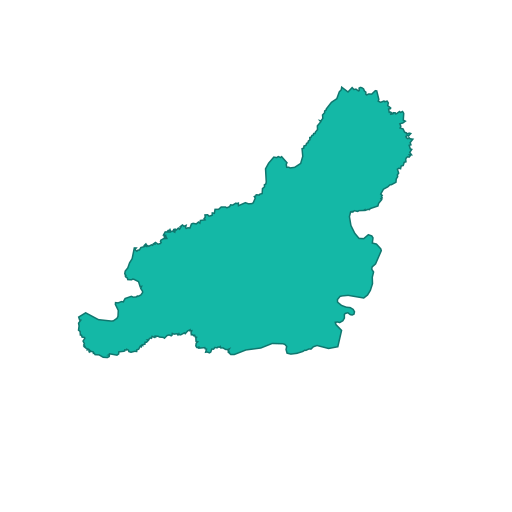 Kham Muang, Kalasin, Thailand, rotated 65°
{"feature_id": "78962969B13207688711695", "entity_name": "Kham Muang", "entity_type": "district", "adm_level": 2, "iso_a3": "THA", "parent_name": "Thailand", "parent_adm1": "Kalasin", "projection": "robinson", "projection_center": [103.634, 16.933], "detail": "fine", "context": "isolated", "style": "filled", "palette": "teal", "viewbox_px": 512, "rotation_deg": 65, "n_neighbors": 0, "source": "geoboundaries", "source_scale": "gbopen_adm2", "svg_char_len": 6082}
<svg xmlns="http://www.w3.org/2000/svg" viewBox="0 0 512 512"><g transform="rotate(65 256 256)"><path d="M277.1,156.9L268.5,157.1L259.8,154.7L256.0,151.6L256.5,151.0L256.2,150.1L257.1,149.7L256.5,147.7L258.6,145.0L258.4,143.5L260.2,139.3L260.0,137.7L260.8,137.9L261.1,134.7L261.9,133.6L261.3,132.5L262.2,124.4L260.1,122.6L258.0,118.2L256.7,118.5L256.7,117.1L254.9,117.1L254.4,116.0L252.6,116.8L249.3,112.2L249.0,107.2L248.1,104.6L248.6,103.1L248.3,98.0L245.4,96.3L244.0,94.1L242.2,93.6L241.2,91.7L237.1,91.2L236.8,89.4L238.0,88.1L235.8,86.4L236.2,84.3L233.7,82.1L234.0,80.3L231.5,79.4L230.6,78.3L230.1,76.6L231.1,75.5L230.3,73.8L229.2,74.2L230.0,72.3L227.1,72.9L225.2,69.8L224.1,70.9L220.4,70.4L220.7,68.6L218.4,68.4L216.4,64.5L214.8,66.9L213.5,67.3L214.0,69.4L213.5,68.8L212.5,69.7L210.9,69.5L210.9,67.5L211.7,67.1L210.4,64.0L209.5,65.0L208.9,67.9L207.9,67.7L206.6,69.0L203.0,69.0L200.9,71.3L199.6,69.9L197.0,69.8L197.5,66.7L196.9,63.7L195.1,65.1L189.3,61.9L188.0,61.9L186.9,62.2L187.1,64.2L185.7,64.9L186.4,68.4L186.1,69.5L185.1,69.3L184.2,70.9L185.0,71.5L184.4,74.6L183.8,72.5L182.4,73.2L182.1,74.5L178.8,73.7L179.3,71.9L178.8,71.4L175.4,73.1L173.2,71.4L171.0,71.7L170.6,74.1L169.6,74.5L169.4,78.1L167.3,79.8L166.0,78.5L157.4,76.8L156.6,78.0L158.2,82.8L156.8,85.3L156.8,87.6L155.9,88.1L153.9,87.2L152.3,88.0L150.0,87.9L148.2,89.0L147.3,90.2L147.4,91.6L149.7,92.5L149.7,93.4L147.0,94.9L146.5,96.9L144.0,97.7L146.2,103.3L139.2,107.0L141.4,108.5L142.4,111.1L147.6,116.3L148.6,122.7L152.4,130.1L153.2,130.5L153.6,132.5L155.2,133.3L156.3,136.1L159.5,137.3L161.0,140.0L160.3,140.9L161.7,140.5L164.0,145.4L167.4,146.8L168.8,149.8L169.9,150.7L169.4,152.0L170.6,153.1L170.4,154.3L171.8,156.3L171.4,157.2L173.5,158.0L174.0,160.1L175.3,160.9L175.3,162.6L176.8,163.9L176.6,166.1L178.4,167.1L178.2,168.9L185.4,171.5L191.0,176.4L192.0,183.5L190.6,187.9L189.4,188.8L188.6,190.7L185.6,189.8L184.6,188.5L176.8,190.8L177.1,192.2L175.3,193.8L175.6,195.6L173.9,198.1L177.2,205.3L181.0,210.5L193.2,215.4L194.9,216.7L195.0,218.3L197.0,219.1L197.6,221.6L202.0,224.0L201.6,226.4L202.1,227.3L200.6,229.9L201.4,230.8L201.4,232.4L203.2,232.2L206.6,236.0L206.8,237.5L205.6,240.7L203.2,243.1L203.0,250.6L200.6,249.6L200.4,251.1L199.6,251.9L200.0,255.7L198.9,257.4L200.1,259.1L200.0,262.0L198.6,263.1L196.9,266.9L197.9,270.2L196.4,273.4L199.7,275.7L198.5,277.4L200.6,278.6L200.1,281.7L198.2,282.4L197.2,284.9L199.5,285.7L200.1,287.2L201.7,286.9L200.3,291.4L202.5,293.0L200.9,293.8L201.7,296.6L199.8,299.2L199.7,301.0L202.7,304.0L201.7,305.7L201.5,307.7L200.4,307.8L198.7,306.4L198.6,308.8L196.8,309.5L197.1,311.2L197.9,311.4L197.5,312.5L198.9,313.0L199.4,314.1L197.9,314.6L198.9,317.9L197.5,317.9L197.2,319.4L197.8,320.0L199.1,319.0L200.1,319.6L198.3,320.9L197.9,322.9L195.7,322.8L196.3,323.7L195.7,324.7L196.0,325.4L197.6,324.6L195.8,328.1L197.9,331.0L199.1,329.2L199.8,330.2L199.5,330.9L200.2,331.1L200.7,329.4L202.4,329.4L201.2,332.5L201.5,335.6L202.6,336.5L203.6,336.2L204.3,337.3L203.9,339.8L201.2,341.4L201.5,342.7L202.4,342.7L201.6,343.9L202.6,345.2L201.7,346.0L201.9,349.1L200.9,349.7L201.4,350.9L200.4,351.7L199.9,350.6L198.5,350.7L199.3,353.0L200.3,353.2L199.7,356.8L201.3,359.1L200.8,360.4L201.3,362.0L199.0,363.1L198.1,361.2L197.3,362.9L206.1,369.4L208.8,373.5L212.6,377.2L214.4,380.9L216.7,382.5L218.5,382.1L218.8,382.9L219.9,382.9L221.6,381.9L223.2,382.2L225.0,378.8L224.8,377.6L225.4,376.6L229.6,373.3L235.0,374.0L235.2,372.6L236.7,374.2L239.8,373.7L241.2,374.2L242.7,376.9L242.7,380.2L242.1,380.5L242.5,381.9L241.5,384.6L239.9,386.0L239.2,392.6L241.5,395.7L240.5,397.1L240.2,400.8L238.9,403.0L240.4,403.9L247.1,403.8L252.4,406.6L253.7,408.3L254.5,412.6L253.9,414.5L247.1,425.7L235.5,434.4L236.4,442.5L239.4,442.9L240.1,441.9L241.9,445.2L244.6,445.9L248.2,448.2L250.0,447.3L253.4,448.6L254.0,447.6L256.0,447.9L257.4,445.8L258.3,446.0L260.0,448.7L263.0,448.6L263.9,449.8L265.4,449.3L265.5,450.1L269.0,448.4L268.9,447.0L269.8,448.4L270.4,446.8L271.9,447.6L271.9,446.5L272.7,447.0L272.6,445.9L274.1,444.1L275.5,444.5L275.6,443.8L277.4,443.5L279.3,440.0L283.2,437.3L285.2,433.7L285.1,431.6L283.8,430.7L283.4,431.3L283.4,430.5L282.7,430.1L287.1,423.9L286.7,421.8L284.9,420.9L286.5,416.0L286.5,415.0L285.6,414.6L286.4,413.1L285.9,412.6L287.5,411.4L288.9,411.6L290.4,410.0L291.1,406.2L292.1,404.5L290.6,403.6L290.9,401.8L288.8,398.9L289.8,398.4L288.7,397.5L289.3,396.6L288.4,396.5L289.0,393.9L287.3,393.1L287.9,391.6L287.0,389.3L286.1,389.8L286.5,388.4L285.8,387.5L285.8,385.7L286.3,385.4L284.9,384.1L286.8,382.5L286.0,381.4L287.0,381.1L286.4,380.5L287.4,378.6L288.7,377.7L290.6,374.4L291.8,373.7L290.5,370.2L290.8,368.1L292.5,366.6L292.3,365.6L290.8,364.6L292.2,363.3L293.1,360.4L294.6,360.1L293.8,358.7L294.9,358.7L295.6,357.6L295.4,353.3L296.5,353.0L295.0,349.5L295.0,346.9L296.0,347.4L296.5,345.8L298.1,347.3L300.1,347.9L300.5,346.7L301.9,346.2L301.9,345.1L303.6,345.3L304.5,344.3L304.8,345.1L307.9,346.4L309.1,345.1L309.7,347.0L312.0,348.5L313.5,348.4L314.2,348.1L314.3,346.8L314.9,346.9L314.8,346.2L315.5,346.4L317.4,341.1L318.6,341.3L319.5,340.2L321.9,342.3L322.3,340.9L324.1,339.1L323.9,337.6L321.7,335.4L322.5,333.8L321.5,332.0L322.8,330.0L322.4,328.8L323.2,327.8L322.9,326.6L324.4,326.8L325.4,324.7L327.8,323.1L328.9,321.1L328.9,319.5L330.0,321.2L331.6,320.9L331.5,321.7L334.6,320.5L336.1,317.3L336.9,304.8L341.4,290.5L342.1,278.3L346.9,268.7L348.3,267.2L350.9,266.4L353.5,268.3L357.2,268.9L359.6,265.9L361.5,260.1L362.3,253.9L362.0,251.7L362.6,250.7L362.6,247.3L363.6,245.5L362.5,242.4L362.9,238.5L370.5,229.3L372.8,220.2L359.6,209.9L352.1,212.5L349.6,212.2L350.3,209.9L351.7,208.3L351.4,204.7L349.6,202.1L346.3,200.6L345.8,199.3L346.2,196.8L349.0,195.3L350.1,193.8L350.1,191.8L348.2,190.3L345.5,190.5L342.6,192.4L340.5,195.9L336.9,199.4L332.3,201.6L329.9,200.6L328.1,196.9L328.6,194.7L330.6,189.1L339.6,176.1L338.5,171.4L335.5,166.9L330.3,162.1L324.4,159.6L320.2,156.2L316.9,156.7L315.0,155.4L313.7,151.0L304.1,140.2L302.2,139.9L296.1,141.8L293.4,145.1L289.0,142.3L286.7,142.6L284.2,145.2L285.8,151.0L283.6,155.2L277.1,156.9Z" fill="#14b8a6" stroke="#0f766e" stroke-width="1.5"/></g></svg>